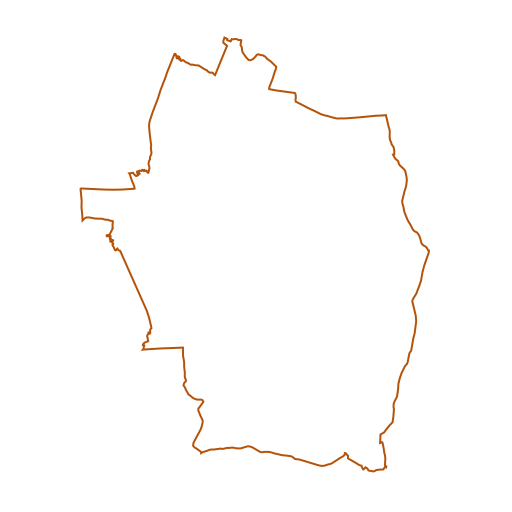 Boghicea, Neamt, Romania, rotated 88°
{"feature_id": "2599482B80770086652967", "entity_name": "Boghicea", "entity_type": "district", "adm_level": 2, "iso_a3": "ROU", "parent_name": "Romania", "parent_adm1": "Neamt", "projection": "orthographic", "projection_center": [27.101, 47.06], "detail": "fine", "context": "isolated", "style": "outline", "palette": "amber", "viewbox_px": 512, "rotation_deg": 88, "n_neighbors": 0, "source": "geoboundaries", "source_scale": "gbopen_adm2", "svg_char_len": 6026}
<svg xmlns="http://www.w3.org/2000/svg" viewBox="0 0 512 512"><g transform="rotate(88 256 256)"><path d="M473.8,136.3L471.2,134.3L471.8,133.4L471.0,133.1L470.5,133.5L469.8,134.4L462.3,133.8L458.9,134.2L456.8,134.7L454.4,134.9L448.7,135.7L446.6,136.3L446.4,136.5L447.2,138.5L438.7,137.8L436.7,134.0L434.5,132.4L429.7,128.2L426.8,125.2L425.4,125.1L422.0,124.4L414.1,123.5L411.9,123.8L408.7,123.6L405.9,122.5L402.7,120.6L401.0,119.9L394.0,118.6L388.9,118.2L383.3,116.6L378.2,114.7L371.4,111.0L368.9,108.8L367.7,108.2L359.0,106.2L357.9,105.7L356.0,104.2L344.4,101.8L338.6,100.1L326.9,98.2L321.5,98.4L309.3,100.8L307.6,101.3L306.0,101.3L303.8,100.2L299.2,97.1L290.6,93.5L286.6,92.0L277.7,90.1L271.1,88.1L258.8,83.3L256.6,83.0L256.4,83.7L254.1,84.8L252.7,86.0L251.0,88.6L249.3,90.1L243.6,91.4L240.9,92.4L238.2,94.2L236.7,96.8L235.8,97.7L234.4,98.6L230.5,100.4L225.8,103.0L220.6,105.0L216.6,106.3L211.9,107.0L209.0,107.8L206.0,108.0L196.5,105.3L191.7,103.6L185.6,102.6L182.3,102.8L177.0,103.7L175.5,104.3L173.3,106.1L171.3,108.3L170.2,109.2L168.7,110.1L166.5,110.5L166.0,110.8L163.8,113.2L162.8,113.9L159.5,115.5L159.3,114.3L155.8,114.1L154.2,114.3L151.8,114.8L149.1,116.6L147.6,116.8L146.3,117.4L144.1,118.1L141.8,118.3L136.6,118.0L134.5,118.1L129.9,119.3L122.8,120.6L121.1,121.1L119.8,121.2L120.0,126.4L120.0,131.2L121.0,147.3L121.5,159.2L121.6,163.5L121.4,167.2L121.5,169.1L121.3,170.8L120.1,175.0L118.6,179.5L117.7,182.9L116.5,186.3L113.2,192.3L110.3,198.0L103.1,210.9L101.0,211.1L99.5,210.7L97.3,210.7L95.6,210.9L94.8,211.2L94.4,211.7L91.4,229.3L89.7,237.0L88.7,237.0L87.5,236.7L79.2,233.1L71.9,230.6L69.5,229.5L67.7,229.1L67.3,229.4L62.0,234.5L59.4,237.9L56.9,240.0L56.4,241.1L55.9,241.5L55.6,242.7L55.4,244.0L54.5,246.8L54.6,247.4L55.3,248.4L57.9,250.7L59.2,252.3L59.9,254.0L60.2,255.3L59.8,256.6L57.0,259.0L52.1,262.2L50.3,262.7L47.0,262.9L44.8,264.0L43.7,264.0L40.2,263.2L39.8,263.3L39.6,263.7L39.6,265.3L39.5,266.0L38.8,267.2L38.4,268.5L38.4,269.4L38.7,271.0L38.6,272.0L38.4,272.7L40.6,273.8L39.3,277.3L39.0,277.4L38.1,277.1L36.6,279.9L40.3,281.2L41.4,281.2L41.9,281.0L44.9,277.6L73.8,290.6L72.6,292.0L71.4,292.8L71.1,294.0L71.2,295.4L70.8,296.4L69.9,297.7L68.6,298.7L67.6,300.9L63.6,306.6L63.3,309.8L62.5,312.8L62.6,314.5L60.7,317.3L60.0,319.3L57.8,321.8L57.8,322.9L58.3,323.5L58.4,323.8L58.2,324.4L56.7,324.7L57.1,325.4L56.4,326.2L55.6,325.5L55.4,325.6L55.3,326.3L55.1,326.3L54.5,325.8L54.2,325.8L54.1,326.1L54.5,327.0L53.8,327.0L53.6,327.2L53.7,327.5L54.2,327.7L55.6,327.5L55.8,327.7L55.7,328.2L55.2,328.5L55.1,328.4L54.8,327.8L54.6,327.8L54.1,328.3L53.5,328.3L52.9,329.2L51.8,329.1L51.3,329.4L51.2,330.4L70.0,338.7L73.5,339.9L86.5,345.5L95.3,348.6L108.0,354.0L114.1,356.3L118.4,357.8L121.6,358.3L124.0,358.3L129.6,358.0L141.8,356.9L144.2,357.3L149.3,356.9L150.9,357.2L153.4,358.5L155.8,358.6L156.9,359.4L159.3,360.1L160.5,360.2L162.4,359.6L164.9,359.4L165.7,359.8L168.9,360.5L169.1,360.9L168.8,361.4L167.9,361.7L167.8,361.9L167.9,362.0L167.8,362.3L167.0,362.4L166.8,362.6L167.2,364.1L167.0,364.4L166.1,364.7L166.2,365.1L166.9,365.4L165.9,366.4L166.1,367.0L167.0,367.4L167.0,368.0L166.6,369.1L166.7,369.7L167.8,370.0L167.7,370.4L167.2,371.3L167.3,371.7L167.9,372.0L169.7,371.6L168.9,370.8L168.9,370.3L169.1,369.9L169.8,369.4L171.7,372.0L171.8,373.1L171.5,373.7L169.3,375.6L168.5,376.1L169.0,379.8L169.5,379.4L176.3,377.4L181.2,375.6L182.9,375.1L184.5,375.0L184.9,386.6L184.8,396.1L184.3,405.2L182.4,428.5L182.8,429.0L194.7,428.3L201.5,428.7L209.0,428.2L214.5,428.1L212.7,426.2L211.7,424.6L211.6,424.0L211.7,420.9L212.7,416.7L213.0,415.0L213.4,408.5L214.4,405.5L214.7,402.4L215.6,400.7L216.1,398.1L216.5,397.8L219.3,398.3L220.6,398.2L222.3,398.5L223.2,398.1L229.3,401.5L230.0,403.0L230.0,403.6L229.9,404.2L230.1,404.5L230.7,404.6L231.1,404.3L231.2,403.2L230.9,402.6L230.3,402.0L230.2,401.7L231.1,400.6L232.1,401.1L232.9,400.7L233.0,401.4L233.3,401.5L235.1,401.0L236.3,401.1L236.7,400.9L236.6,400.3L235.6,400.2L234.9,399.4L235.0,398.7L235.4,398.2L235.8,398.3L236.5,399.0L237.0,399.1L237.7,399.1L238.5,398.3L238.9,398.2L239.2,398.4L239.5,399.0L239.9,399.1L241.2,398.5L241.8,398.1L245.2,396.7L245.5,396.3L245.3,395.5L244.0,394.7L243.7,394.3L245.0,393.6L245.5,392.7L246.0,392.2L246.0,391.7L246.5,391.4L306.8,367.1L313.6,365.1L321.5,363.5L324.5,363.0L325.4,364.0L326.3,364.4L329.0,364.4L329.0,364.6L328.6,365.6L328.7,366.1L329.0,366.1L329.3,365.8L329.7,364.9L330.0,365.0L330.1,366.4L330.2,366.5L331.7,367.5L332.7,367.6L334.0,367.1L335.4,367.1L337.2,366.6L337.5,366.8L337.8,368.1L338.8,370.6L340.4,372.0L341.1,372.1L341.2,371.0L341.7,370.7L342.3,371.2L344.9,371.6L345.6,372.3L345.1,356.4L345.0,332.2L351.9,332.4L354.2,332.3L357.9,331.7L361.5,331.5L363.4,331.7L370.2,331.2L373.4,331.4L375.3,331.2L378.0,330.2L378.5,330.4L380.4,332.2L382.7,333.0L385.2,331.4L387.0,330.9L390.5,329.0L391.9,328.4L393.8,326.0L395.9,323.7L397.3,320.6L397.5,318.8L397.6,316.1L397.8,315.2L398.3,314.5L399.9,313.7L404.8,317.5L406.3,318.8L407.0,319.1L408.8,318.9L413.5,317.2L418.0,315.2L419.0,315.0L420.5,315.1L424.7,316.3L427.7,317.5L440.3,324.9L443.4,325.5L444.7,324.5L445.8,323.2L446.3,322.3L449.6,318.1L450.4,317.7L451.1,317.7L450.1,315.9L449.2,312.3L448.1,309.4L447.8,307.0L448.0,304.5L447.7,302.9L447.6,300.6L447.2,298.9L447.6,296.3L447.5,295.0L447.0,292.9L446.8,291.1L446.9,289.4L446.7,287.8L446.7,285.8L447.0,284.4L447.5,282.6L447.8,278.5L447.4,276.7L446.1,271.9L445.9,271.1L446.0,269.7L446.6,267.4L447.2,266.2L451.7,259.1L452.2,257.8L452.4,256.5L452.0,254.8L452.2,250.3L452.7,247.9L453.8,244.9L456.0,236.7L456.5,232.8L457.2,228.6L457.7,227.1L460.4,223.8L460.4,222.7L461.0,219.4L467.3,201.0L468.1,197.7L467.9,194.7L466.8,191.0L466.5,189.0L465.7,187.2L460.9,179.2L459.0,175.6L458.0,174.5L456.4,174.2L456.0,174.0L456.0,173.9L456.6,172.8L458.3,171.7L459.0,171.0L461.2,171.2L461.5,171.1L465.8,164.2L468.2,160.6L468.8,159.3L469.3,157.8L470.4,157.7L473.0,156.3L473.0,155.9L471.0,154.0L472.4,152.0L474.0,151.3L474.3,151.0L474.8,149.0L475.4,146.1L475.3,145.5L474.1,143.2L473.8,140.3L473.8,136.3Z" fill="none" stroke="#b45309" stroke-width="2"/></g></svg>